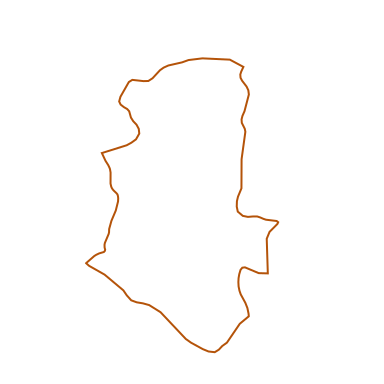 SVG path tracing the border of Souk Ahras, rotated 117°
{"feature_id": "DZA-2222", "entity_name": "Souk Ahras", "entity_type": "Province", "adm_level": 1, "iso_a3": "DZA", "parent_name": "Algeria", "parent_adm1": "", "projection": "natural_earth1", "projection_center": [7.905, 36.161], "detail": "fine", "context": "isolated", "style": "outline", "palette": "amber", "viewbox_px": 384, "rotation_deg": 117, "n_neighbors": 0, "source": "natural_earth", "source_scale": "10m", "svg_char_len": 1662}
<svg xmlns="http://www.w3.org/2000/svg" viewBox="0 0 384 384"><g transform="rotate(117 192 192)"><path d="M326.0,129.0L325.8,130.7L313.4,165.4L312.2,178.8L313.5,185.2L315.4,191.2L316.1,197.0L313.7,203.2L310.8,208.5L305.3,232.4L304.5,250.2L303.5,254.0L303.3,254.0L293.4,250.0L291.4,248.8L288.8,246.8L285.5,243.3L284.0,242.9L282.8,243.2L281.8,244.1L281.1,244.7L278.7,246.0L276.9,246.5L267.3,247.2L265.6,247.6L262.6,249.0L254.3,250.7L243.1,251.5L234.0,253.6L231.1,254.9L229.3,256.1L228.0,257.3L227.3,258.9L226.3,262.3L225.7,263.8L224.9,265.2L223.9,266.4L221.5,268.4L211.6,273.4L208.8,275.5L207.8,276.6L206.1,278.8L203.5,283.2L198.2,290.0L180.0,271.4L175.6,268.4L170.5,265.8L163.9,265.5L159.9,268.1L157.2,272.0L155.6,276.5L153.4,280.2L148.6,284.6L147.5,287.4L147.3,291.2L146.5,295.3L144.4,298.0L139.6,299.0L122.7,298.2L119.2,296.1L115.2,285.5L112.9,281.3L108.6,278.8L98.0,275.8L94.0,273.7L90.0,270.5L81.0,259.7L76.0,255.0L68.2,243.4L56.9,218.4L57.2,203.0L62.4,202.8L65.4,202.3L68.2,200.6L70.1,197.9L73.3,191.2L75.8,188.0L79.3,185.6L96.2,181.9L101.3,181.6L104.8,180.8L107.8,179.0L111.7,173.7L114.1,171.8L140.3,162.7L166.3,149.6L175.3,148.9L179.8,147.8L184.7,145.5L188.7,142.3L190.2,135.9L188.8,130.9L185.9,126.2L184.2,122.8L183.7,119.6L183.5,116.2L183.1,113.5L179.4,103.4L179.8,101.5L181.7,101.4L192.3,104.8L199.7,104.2L230.1,87.5L234.0,95.7L235.1,110.6L236.6,112.8L239.3,113.4L243.7,112.6L247.6,111.4L251.2,109.8L255.0,107.6L258.4,104.9L261.1,102.1L266.5,94.2L270.2,90.0L274.7,86.4L276.9,85.0L277.0,85.0L287.7,89.6L310.4,92.5L315.4,95.1L320.3,96.5L324.4,99.0L326.6,104.9L327.1,111.1L326.7,124.5L326.0,129.0Z" fill="none" stroke="#b45309" stroke-width="2"/></g></svg>